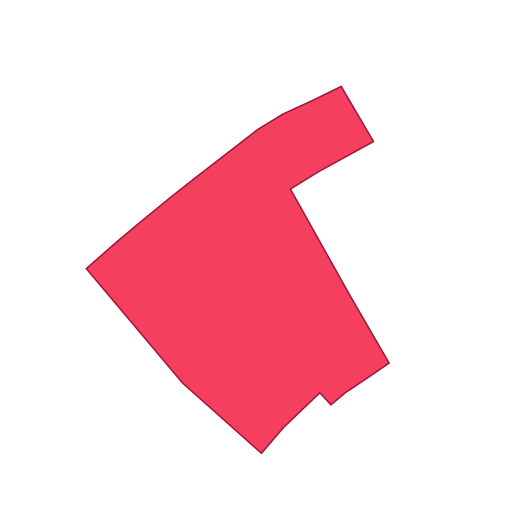 Alapi, Tuvalu (orthographic projection), rotated 287°
{"feature_id": "33948139B89877279250405", "entity_name": "Alapi", "entity_type": "district", "adm_level": 2, "iso_a3": "TUV", "parent_name": "Tuvalu", "parent_adm1": "", "projection": "orthographic", "projection_center": [179.197, -8.522], "detail": "fine", "context": "isolated", "style": "filled", "palette": "rose", "viewbox_px": 512, "rotation_deg": 287, "n_neighbors": 0, "source": "geoboundaries", "source_scale": "gbopen_adm2", "svg_char_len": 432}
<svg xmlns="http://www.w3.org/2000/svg" viewBox="0 0 512 512"><g transform="rotate(287 256 256)"><path d="M194.3,97.4L113.0,223.0L68.9,318.9L100.5,332.7L143.8,357.0L135.6,371.2L151.5,381.5L168.1,395.1L192.5,414.6L246.2,356.9L330.1,269.3L355.4,291.6L399.8,334.9L443.1,287.9L420.7,263.9L399.6,240.2L377.4,220.6L312.9,175.0L287.7,157.5L250.3,132.6L228.2,118.3L194.3,97.4Z" fill="#f43f5e" stroke="#9f1239" stroke-width="1.5"/></g></svg>